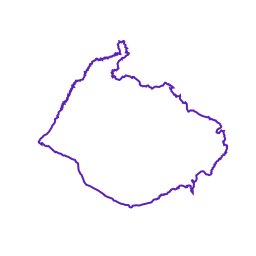 the district of Temanggung, Jawa Tengah, Indonesia, rotated 339°
{"feature_id": "22746128B37534287210764", "entity_name": "Temanggung", "entity_type": "district", "adm_level": 2, "iso_a3": "IDN", "parent_name": "Indonesia", "parent_adm1": "Jawa Tengah", "projection": "natural_earth1", "projection_center": [110.153, -7.24], "detail": "fine", "context": "isolated", "style": "outline", "palette": "violet", "viewbox_px": 256, "rotation_deg": 339, "n_neighbors": 0, "source": "geoboundaries", "source_scale": "gbopen_adm2", "svg_char_len": 5787}
<svg xmlns="http://www.w3.org/2000/svg" viewBox="0 0 256 256"><g transform="rotate(339 128 128)"><path d="M42.8,106.5L39.6,109.0L39.6,109.6L41.3,112.3L41.5,111.6L42.3,111.2L44.3,114.9L45.8,116.0L47.3,116.3L51.2,124.2L51.5,124.6L52.1,124.3L52.4,124.5L54.2,126.7L56.3,128.1L57.2,129.9L58.3,130.8L59.3,131.0L60.1,132.1L61.9,133.5L64.4,136.7L67.1,138.9L67.4,141.4L68.5,142.7L68.6,143.4L67.0,148.8L66.8,150.8L67.1,152.1L67.0,153.4L67.8,154.9L67.9,159.6L67.7,162.4L68.7,166.0L72.0,168.9L73.7,171.2L77.6,175.4L81.6,181.2L82.1,182.2L81.9,182.4L83.8,184.7L87.6,187.9L88.4,189.0L88.6,190.5L90.1,191.5L92.7,194.6L94.7,196.5L96.1,197.2L97.7,198.7L100.8,200.2L101.2,200.6L101.1,202.3L102.3,203.3L103.7,203.1L104.4,202.2L108.3,203.2L111.0,204.5L113.0,204.5L123.2,205.8L126.3,204.1L128.7,204.5L128.8,204.8L130.2,204.8L130.7,204.4L131.4,204.8L132.4,204.1L132.8,203.0L133.7,203.0L134.1,202.5L134.8,202.3L135.1,202.7L135.5,202.3L135.9,202.7L136.9,202.8L137.4,203.3L137.9,203.3L138.1,202.8L140.7,203.6L142.1,202.5L143.7,202.6L144.8,201.7L145.6,201.7L146.0,201.1L146.5,201.0L148.6,201.0L150.2,202.4L151.8,202.1L153.7,202.4L154.1,201.6L153.8,201.3L154.4,201.3L155.3,200.4L157.2,200.8L158.7,201.7L160.1,203.4L160.8,203.4L160.8,204.1L162.1,204.3L162.8,203.8L162.8,203.3L163.3,203.5L163.8,203.3L164.6,203.5L165.8,204.6L165.2,205.9L165.1,208.3L164.4,209.3L165.2,211.9L165.9,210.0L165.8,208.2L166.4,208.2L167.1,207.3L168.5,206.4L168.5,205.6L169.6,203.8L169.3,201.9L168.9,201.3L168.9,199.9L169.4,199.9L169.3,200.6L169.9,201.0L170.2,202.2L172.7,201.6L174.0,199.9L174.7,196.7L180.6,194.8L182.5,195.2L183.1,195.8L183.8,197.4L184.1,199.1L185.8,200.0L186.5,200.9L188.5,201.1L189.9,200.2L189.7,199.4L190.6,198.3L190.4,197.8L191.1,197.1L192.5,196.5L192.6,195.7L194.8,194.9L195.4,193.3L195.9,193.6L197.0,192.6L197.1,192.2L197.5,192.3L197.8,191.7L199.2,190.9L200.4,190.9L201.6,189.7L202.5,189.5L202.7,190.1L203.2,190.0L203.1,189.4L204.7,189.0L205.4,188.0L207.4,187.3L208.0,187.5L208.0,187.1L208.4,187.3L210.5,186.3L210.2,185.7L210.9,185.6L210.7,185.1L212.8,182.9L213.4,182.0L213.3,181.4L214.1,180.5L214.0,179.6L213.5,179.5L212.9,178.6L211.6,178.2L211.9,177.3L211.8,175.7L212.1,175.5L211.8,175.1L212.2,174.5L213.1,174.6L214.8,173.2L214.9,170.1L215.5,169.5L215.3,167.9L215.6,166.3L216.4,165.2L215.3,165.0L214.3,163.7L211.1,165.4L209.6,164.5L209.1,163.6L210.9,161.5L212.5,161.1L214.0,161.2L215.4,160.4L215.6,159.9L215.2,157.0L214.4,155.7L213.6,155.2L212.6,152.4L211.8,152.2L211.4,151.4L210.4,150.9L209.5,149.8L207.7,149.2L208.2,148.6L207.3,147.7L207.2,146.5L205.5,146.3L201.5,143.2L199.1,140.5L197.4,137.6L195.8,136.1L195.5,135.1L193.9,134.7L193.2,134.1L192.3,134.0L190.8,134.5L190.2,134.3L189.9,131.1L191.3,127.5L191.4,126.1L190.8,124.8L190.4,125.4L188.2,124.1L188.4,123.1L187.0,120.0L187.4,117.6L188.1,117.1L188.2,116.5L187.7,116.9L185.2,115.9L184.2,116.2L184.0,115.6L184.5,114.7L183.7,114.0L183.8,113.6L182.9,113.4L182.5,110.9L181.8,109.4L182.1,107.5L181.6,106.9L181.6,106.0L182.4,106.5L183.4,106.2L184.7,106.5L183.6,104.3L182.6,103.6L182.6,103.1L182.0,103.0L181.7,101.6L180.9,101.6L180.2,100.9L179.4,99.3L178.7,99.0L175.8,101.0L174.2,100.6L171.8,100.9L169.2,99.5L167.9,99.1L164.5,99.9L163.9,98.2L162.7,97.6L162.2,95.6L160.3,95.3L159.9,95.8L158.0,94.6L156.7,94.4L155.9,93.3L155.1,93.0L154.6,91.5L155.2,90.4L155.3,89.1L153.9,86.3L152.5,84.2L151.8,82.4L150.9,82.1L150.6,82.7L149.8,82.8L148.6,80.8L144.7,78.1L143.0,79.1L142.2,78.9L141.3,78.1L139.3,79.4L137.3,80.1L134.5,78.0L134.1,77.1L134.5,75.6L133.8,74.7L132.0,75.3L131.7,74.0L132.0,74.0L132.7,73.0L132.6,70.4L132.8,70.4L133.2,71.7L133.5,71.7L133.9,68.8L134.6,68.6L135.4,69.5L136.5,68.9L137.8,70.1L139.1,69.3L140.2,69.2L140.6,68.7L140.4,67.4L141.0,66.0L141.2,64.3L143.4,62.3L146.4,61.3L146.9,61.7L147.4,60.6L147.8,60.5L149.2,61.0L150.7,60.8L151.7,59.9L154.1,59.7L155.6,58.6L155.4,58.3L154.5,58.3L154.4,56.4L153.5,57.1L153.0,56.7L154.0,55.6L154.7,53.7L155.7,53.3L154.4,51.6L155.5,49.9L154.5,48.1L154.7,47.3L155.6,45.9L155.1,45.2L154.0,45.1L152.7,45.8L151.0,44.1L150.8,45.1L149.8,45.4L148.4,46.3L148.4,48.5L147.8,49.4L147.7,50.2L148.2,51.5L148.1,52.8L147.7,54.0L146.9,54.9L147.5,55.7L147.4,56.3L146.5,55.8L145.3,54.4L144.8,54.4L144.3,55.7L143.9,55.6L143.2,53.7L142.2,54.2L142.3,54.6L142.9,54.6L142.9,55.3L142.3,55.0L142.1,55.5L141.4,55.7L139.6,55.0L138.4,55.7L137.3,54.9L136.4,55.4L135.3,55.1L134.1,55.9L133.7,55.7L133.7,54.7L132.8,54.2L131.4,54.9L131.0,53.9L129.8,54.5L128.7,54.3L128.3,55.3L127.4,54.2L127.4,53.6L126.3,54.5L125.8,54.2L125.1,54.2L125.2,53.4L124.2,53.2L123.9,52.1L123.0,52.0L121.9,53.2L120.8,52.8L119.8,53.3L118.4,53.2L117.5,55.0L116.8,54.8L116.2,55.2L115.9,54.9L115.4,55.9L115.0,55.4L113.7,57.1L113.0,57.1L112.5,57.6L112.6,57.9L111.7,58.1L111.5,59.4L110.8,59.5L110.1,59.2L108.8,61.0L107.7,60.3L107.4,61.8L106.7,62.4L107.1,63.2L106.2,63.4L105.9,64.2L104.2,65.6L103.5,66.5L100.7,66.2L100.1,66.7L99.3,66.0L98.8,66.2L98.2,65.9L97.1,66.0L97.0,65.6L96.4,65.9L96.1,65.5L95.2,66.7L94.8,66.4L94.1,66.6L93.9,67.9L93.4,68.0L93.0,67.7L92.7,68.3L91.7,68.2L91.5,68.8L92.0,69.2L92.1,69.9L91.1,69.1L91.1,70.2L90.4,70.1L89.9,71.3L89.0,71.0L88.6,71.5L89.0,71.5L89.1,71.9L88.3,72.6L87.7,72.6L87.6,73.6L87.1,73.7L86.8,73.2L86.4,73.7L85.7,75.7L85.2,76.0L84.7,75.7L84.5,76.0L84.8,76.4L84.4,76.7L83.9,76.5L83.8,75.9L83.3,76.6L83.4,77.2L82.5,78.5L81.8,78.3L81.2,79.1L81.6,79.8L79.7,81.1L79.1,80.5L78.4,80.9L78.1,81.6L77.8,81.6L78.0,81.2L77.9,81.0L77.6,81.3L77.3,81.1L77.3,82.5L76.6,82.0L76.5,82.5L76.0,82.5L75.5,83.2L75.2,82.6L74.9,83.0L75.2,83.5L75.0,84.0L73.8,84.0L73.5,84.9L73.9,85.5L73.6,85.5L73.1,86.4L72.6,86.2L72.7,86.9L72.0,86.8L71.7,87.3L68.9,88.4L68.2,90.1L66.2,91.3L66.6,92.1L66.6,92.9L63.2,93.5L62.8,93.8L62.8,94.6L62.0,96.1L61.2,97.0L58.1,98.7L56.9,100.2L53.3,102.9L50.0,104.6L46.5,104.9L45.1,105.9L42.8,106.5Z" fill="none" stroke="#5b21b6" stroke-width="2"/></g></svg>